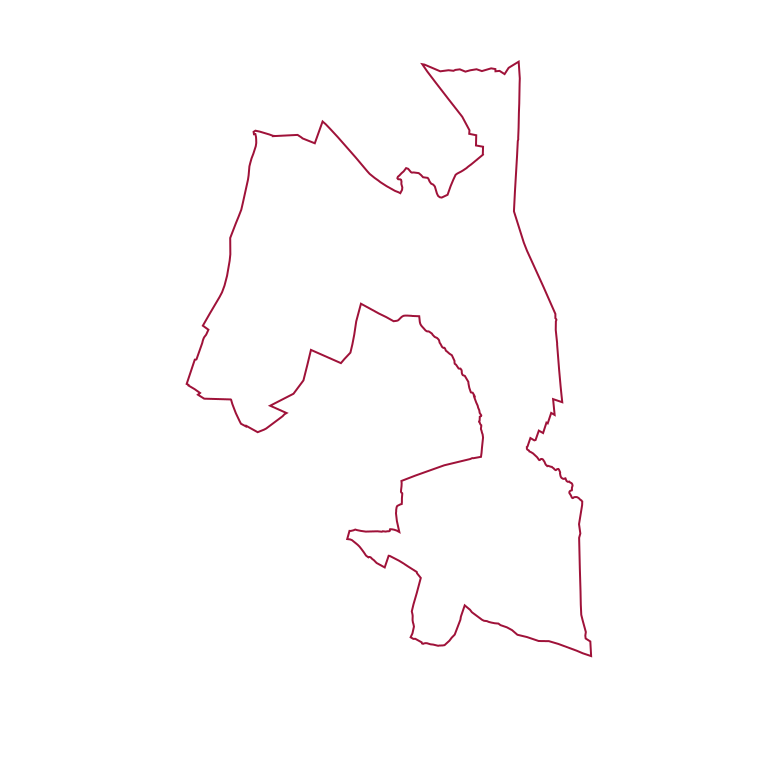 outline of San Jerónimo Tecuanipan, Puebla, Mexico, rotated 169°
{"feature_id": "50627088B48077381885537", "entity_name": "San Jerónimo Tecuanipan", "entity_type": "district", "adm_level": 2, "iso_a3": "MEX", "parent_name": "Mexico", "parent_adm1": "Puebla", "projection": "equal_earth", "projection_center": [-98.397, 19.039], "detail": "fine", "context": "isolated", "style": "outline", "palette": "rose", "viewbox_px": 768, "rotation_deg": 169, "n_neighbors": 0, "source": "geoboundaries", "source_scale": "gbopen_adm2", "svg_char_len": 6159}
<svg xmlns="http://www.w3.org/2000/svg" viewBox="0 0 768 768"><g transform="rotate(169 384 384)"><path d="M211.8,230.9L212.3,231.5L212.5,232.2L213.3,232.8L214.6,234.8L215.8,235.9L216.6,236.3L218.2,236.6L219.3,236.5L219.9,236.1L220.5,236.0L221.1,236.4L221.4,237.2L221.8,239.0L222.8,241.5L222.8,242.0L222.6,242.6L222.4,243.0L221.7,243.5L221.2,243.7L219.9,243.8L219.6,244.7L219.4,246.2L218.3,248.2L218.3,249.6L218.6,250.5L219.1,251.1L220.0,251.7L220.8,252.9L222.0,252.8L223.0,253.6L223.4,254.2L223.9,256.8L224.4,256.8L224.8,256.5L226.2,256.7L227.6,257.9L228.2,259.3L228.3,260.7L228.3,262.7L228.0,263.3L228.0,264.0L228.6,266.6L229.0,267.3L230.2,267.4L231.6,266.7L231.9,266.7L232.8,267.5L233.6,268.9L234.7,270.0L235.0,270.6L235.9,270.9L238.6,272.4L239.4,272.2L240.1,273.3L240.6,273.9L241.1,275.9L241.4,277.4L242.0,278.4L242.1,279.0L242.4,279.6L243.3,280.3L244.3,280.4L245.4,279.7L246.1,279.7L246.6,280.5L247.1,281.7L247.8,283.1L251.0,287.5L252.9,289.2L254.2,290.1L254.4,291.0L255.8,292.3L256.1,293.1L255.9,294.2L255.8,294.9L255.1,295.2L250.6,303.0L247.2,300.0L245.9,300.1L240.9,308.7L237.2,305.5L231.9,315.1L230.8,314.1L225.4,323.7L222.4,321.1L220.9,336.9L212.5,332.1L211.8,340.2L211.1,347.8L209.4,364.4L207.2,383.8L206.5,390.0L206.3,390.7L205.1,404.3L203.3,412.8L202.7,413.7L202.5,414.5L203.2,415.9L202.4,420.1L209.0,449.2L218.2,487.5L219.8,496.2L223.5,528.7L218.8,547.7L209.9,582.4L206.3,597.0L205.5,598.6L205.3,600.0L203.0,609.8L199.8,624.6L197.7,633.6L193.6,652.8L192.4,658.0L190.3,674.7L201.3,670.6L206.5,665.2L210.8,669.3L214.9,669.7L214.6,671.9L218.6,673.4L228.2,672.5L233.1,675.3L239.5,675.5L244.5,675.1L249.5,678.4L254.0,678.7L256.0,678.2L260.8,679.7L269.1,680.2L283.3,689.8L285.4,690.6L281.9,682.5L275.7,669.9L266.3,651.2L256.2,631.4L251.7,616.8L252.6,613.3L246.0,610.6L248.2,600.6L241.5,598.0L243.1,590.9L243.0,590.3L255.8,583.3L260.1,581.2L261.8,580.2L265.6,578.6L267.8,577.8L270.2,577.1L271.9,576.6L273.8,575.7L277.0,571.3L280.8,565.6L285.5,557.6L291.8,556.0L293.6,556.7L295.0,558.3L295.7,560.9L296.4,568.2L297.6,570.3L299.5,571.7L300.6,574.1L301.1,576.5L301.8,578.0L306.2,579.5L307.8,582.1L309.7,584.4L314.5,586.0L316.3,586.2L317.1,586.8L319.2,590.6L321.1,591.7L324.1,589.0L326.7,587.5L329.0,585.8L330.8,584.8L331.6,583.5L331.1,582.4L330.1,582.0L329.0,581.8L328.3,581.2L328.2,579.5L328.8,577.0L328.5,573.5L329.2,571.2L331.6,568.2L333.1,569.4L336.4,571.5L343.8,577.8L349.0,582.8L351.0,585.1L353.8,588.0L358.0,593.0L359.8,596.0L368.7,612.0L382.2,635.1L387.9,644.3L391.7,650.2L394.2,653.4L406.0,633.5L417.2,640.7L417.4,641.1L418.5,642.3L421.3,645.0L445.1,648.4L444.9,648.6L445.6,648.8L448.9,650.8L457.9,655.5L461.9,657.2L463.9,656.4L464.0,654.0L462.6,653.9L462.5,651.0L462.8,648.5L463.4,645.0L464.5,641.9L468.3,635.0L471.0,630.7L473.1,626.5L474.6,623.3L477.1,614.6L478.5,610.6L488.0,588.7L490.8,582.4L494.7,576.2L498.7,570.1L507.1,556.7L510.1,540.6L512.0,534.4L517.4,520.2L521.8,511.0L525.5,504.9L528.8,500.8L541.2,486.8L550.7,475.8L546.0,470.8L547.9,468.1L549.2,466.3L551.4,464.4L552.3,463.3L553.5,461.3L554.6,458.9L563.0,444.6L563.4,444.0L564.1,443.8L565.1,444.0L577.7,421.7L576.1,420.5L576.3,419.9L570.9,415.1L566.3,410.3L568.7,409.0L563.3,403.9L537.4,398.1L537.1,397.7L536.7,393.3L536.1,389.8L535.0,383.6L532.8,375.0L532.0,372.3L527.5,368.6L527.2,369.2L517.2,360.8L510.4,362.1L508.1,362.8L489.7,371.7L487.5,373.3L485.2,374.1L499.9,384.4L474.7,391.7L462.4,402.9L455.6,417.4L449.2,431.4L422.3,412.7L418.2,416.0L411.0,421.2L407.5,428.9L403.8,438.1L399.3,450.8L391.3,467.2L375.5,454.1L369.1,449.3L362.6,443.8L359.2,443.6L357.8,443.9L353.9,446.5L351.9,447.2L350.0,447.1L348.1,446.7L344.1,445.7L343.3,445.4L336.5,443.8L337.0,438.1L336.9,436.2L336.5,434.8L335.9,433.5L333.6,429.7L333.0,428.6L331.6,427.4L330.1,427.1L329.1,426.2L327.3,424.3L326.9,423.1L325.3,420.6L323.2,419.1L322.2,417.7L321.6,416.4L321.5,413.9L320.9,412.6L319.9,409.3L318.8,408.1L317.8,408.0L317.3,407.1L316.9,404.9L315.9,403.8L313.9,401.2L311.9,399.3L310.4,393.3L310.7,391.5L310.7,390.4L309.6,389.2L307.8,385.0L307.1,384.7L306.0,384.5L305.2,382.7L305.3,381.3L305.5,380.2L305.4,378.9L305.0,377.7L303.1,376.5L300.8,370.0L301.0,368.4L301.0,364.0L300.5,360.3L300.3,359.2L298.6,358.5L297.7,356.0L297.4,354.6L298.0,354.7L297.9,353.8L297.0,348.2L296.2,344.9L296.1,342.8L295.5,340.0L295.6,337.4L294.5,334.7L294.8,334.0L296.2,333.6L297.2,329.5L297.8,329.2L297.9,328.8L297.3,327.4L297.2,326.6L297.0,325.8L296.4,325.0L296.6,324.0L297.4,321.6L297.4,320.7L297.2,319.8L297.1,317.5L296.8,315.7L297.0,312.5L300.0,302.7L301.4,297.8L302.7,294.0L310.3,294.1L311.6,294.4L313.7,293.9L340.4,292.7L370.8,288.1L385.4,285.5L385.6,283.2L386.3,280.3L387.4,276.9L387.9,275.0L387.7,274.1L387.0,273.4L387.0,272.8L387.3,271.7L388.2,268.5L389.0,264.5L389.5,262.8L390.9,262.7L394.2,261.8L395.1,260.7L396.1,258.0L396.3,256.8L396.9,254.9L397.5,247.0L397.2,235.8L399.5,237.7L401.8,239.0L403.8,239.8L405.7,240.3L406.1,239.7L406.2,238.9L407.0,238.5L407.9,238.6L408.7,238.8L410.5,238.8L413.4,239.7L414.2,239.4L418.7,240.7L430.1,242.6L434.7,244.2L438.3,245.7L440.0,246.6L441.9,246.2L444.7,246.1L445.9,246.4L449.7,238.8L446.9,237.9L445.3,236.9L440.6,231.3L439.1,229.1L437.7,226.4L435.9,222.6L434.4,219.0L432.4,216.8L431.8,217.1L431.0,216.9L430.1,216.3L428.8,214.3L427.7,213.2L425.4,209.7L418.3,203.8L412.2,214.5L411.1,214.1L403.0,207.7L399.6,204.6L395.1,200.2L387.7,193.2L387.7,191.9L384.9,186.6L391.9,172.2L397.1,162.1L400.1,155.5L400.0,152.5L400.1,150.9L401.0,146.9L401.1,144.4L400.9,142.8L400.9,140.1L403.7,133.7L406.2,130.3L403.8,128.2L401.9,127.9L396.3,123.2L396.2,122.1L395.2,121.5L394.2,121.7L392.8,121.7L391.4,121.4L388.0,119.6L385.4,118.8L380.8,116.7L379.4,116.7L376.7,116.2L374.4,116.1L368.8,119.5L365.9,122.1L362.4,124.5L354.0,138.0L352.9,141.0L347.0,151.3L342.6,145.9L341.3,143.2L332.7,133.8L331.0,132.5L328.2,131.6L326.6,130.5L324.1,129.3L320.9,128.0L317.4,127.0L315.7,125.1L309.8,121.7L305.3,118.0L300.9,112.4L291.9,108.3L281.2,102.2L271.2,100.1L262.5,95.6L245.7,85.4L240.2,81.7L232.6,77.4L230.6,91.9L234.6,95.7L234.4,98.6L233.2,102.0L234.1,114.1L234.4,119.8L232.9,130.0L230.7,142.7L226.9,165.9L221.8,195.8L219.8,199.8L219.3,209.2L212.6,227.4L211.8,230.9Z" fill="none" stroke="#9f1239" stroke-width="2"/></g></svg>